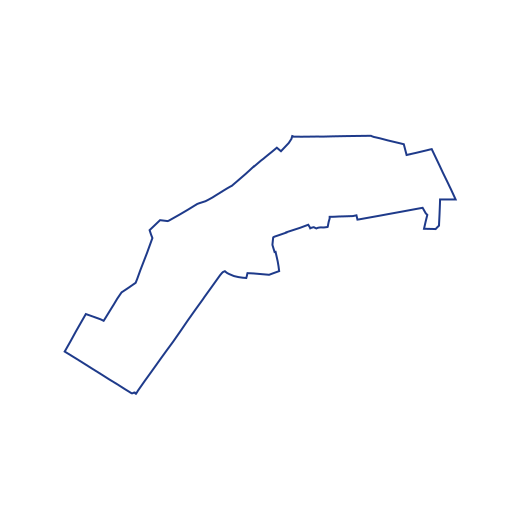 outline of Camin, Satu Mare, Romania, rotated 168°
{"feature_id": "2599482B5229850470512", "entity_name": "Camin", "entity_type": "district", "adm_level": 2, "iso_a3": "ROU", "parent_name": "Romania", "parent_adm1": "Satu Mare", "projection": "robinson", "projection_center": [22.488, 47.743], "detail": "fine", "context": "isolated", "style": "outline", "palette": "blue", "viewbox_px": 512, "rotation_deg": 168, "n_neighbors": 0, "source": "geoboundaries", "source_scale": "gbopen_adm2", "svg_char_len": 2636}
<svg xmlns="http://www.w3.org/2000/svg" viewBox="0 0 512 512"><g transform="rotate(168 256 256)"><path d="M453.1,192.9L439.2,179.4L431.2,171.7L425.1,165.7L418.5,159.5L412.2,153.3L410.1,151.3L408.1,149.4L407.0,148.3L406.0,147.5L405.4,147.4L403.4,147.8L402.9,147.6L402.7,147.2L402.7,146.8L402.1,146.2L400.9,147.3L399.8,148.5L399.3,149.0L390.4,157.3L387.5,159.9L378.6,168.0L370.0,175.9L362.9,182.3L354.8,189.5L345.0,198.7L336.3,207.0L326.0,216.5L317.6,224.1L316.2,225.4L315.2,226.4L306.5,234.3L299.5,240.7L295.1,244.7L292.8,246.5L291.6,247.2L289.6,247.6L289.0,246.8L287.8,245.4L286.1,244.0L282.1,241.2L281.4,240.8L277.5,239.0L273.4,237.5L270.1,236.5L268.8,239.0L268.6,239.6L267.9,241.0L262.2,239.5L247.1,234.9L242.4,235.6L236.5,236.4L236.1,241.3L235.9,246.2L236.0,256.0L237.0,256.0L237.6,263.0L237.6,263.6L235.7,269.5L235.4,270.2L235.3,270.6L235.2,270.7L234.6,270.9L233.7,271.1L229.4,271.6L221.4,272.6L221.4,272.9L207.1,274.4L198.4,275.7L197.4,273.0L197.2,271.8L195.8,272.1L193.7,272.2L193.1,271.9L192.2,271.1L191.2,270.4L190.5,270.6L189.7,270.7L188.5,270.7L187.1,270.6L183.7,269.8L180.2,269.5L179.8,269.6L178.5,272.7L177.7,274.5L176.2,277.3L175.8,279.0L171.2,278.1L166.6,277.4L162.9,276.7L152.9,274.9L149.3,274.9L149.2,270.5L147.7,270.4L126.0,269.7L118.3,269.5L104.4,269.1L89.5,268.7L86.0,268.6L83.0,268.5L81.1,262.5L79.9,260.6L83.0,254.2L86.0,247.7L77.9,245.8L74.7,245.0L72.7,246.4L70.9,247.5L70.7,247.7L70.6,247.9L70.6,248.2L70.5,248.4L70.2,249.6L67.9,258.3L65.2,268.9L64.2,273.0L62.8,272.7L60.4,272.2L50.0,270.0L49.0,269.8L49.7,273.0L51.5,280.9L52.2,283.7L53.0,287.1L55.9,298.7L57.6,306.1L59.5,314.0L61.9,324.0L64.2,324.0L66.5,323.9L78.7,323.6L80.2,323.6L87.7,323.5L88.2,334.6L91.7,336.3L103.1,341.7L110.0,345.2L114.3,347.2L115.9,347.9L117.7,349.0L118.6,349.7L132.6,352.5L143.2,354.6L155.6,357.0L165.9,358.9L171.2,360.1L179.7,361.8L186.6,363.2L194.3,364.9L194.7,365.0L195.0,365.5L195.6,365.8L196.0,365.0L196.3,364.6L196.9,363.3L200.5,359.7L209.8,353.3L213.1,357.6L219.0,354.5L222.0,353.0L226.1,350.9L228.5,349.6L231.1,348.4L239.4,343.9L239.5,344.1L248.6,338.7L262.1,331.3L265.4,329.5L265.9,329.5L270.0,328.2L274.0,326.8L282.6,323.7L286.4,322.3L290.7,321.0L294.0,320.1L300.7,319.4L302.7,319.1L313.1,315.4L322.1,312.4L333.9,308.7L335.1,308.5L342.4,311.0L354.7,303.4L354.2,298.8L353.6,295.1L362.0,281.6L372.0,266.3L376.9,258.4L379.3,254.8L384.8,252.5L386.4,251.8L395.0,248.4L396.1,247.4L400.6,243.1L405.7,237.6L406.7,236.6L412.9,230.1L417.1,225.7L417.4,225.4L418.5,224.3L421.2,226.4L434.5,234.6L440.6,227.8L447.9,219.6L455.2,211.1L462.2,203.2L463.0,202.3L455.0,194.7L453.1,192.9Z" fill="none" stroke="#1e3a8a" stroke-width="2"/></g></svg>